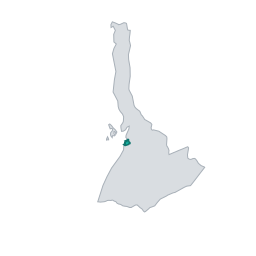 Massawa, Semenawi Keyih Bahri, Eritrea (highlighted), rotated 224°
{"feature_id": "51966322B1208427285915", "entity_name": "Massawa", "entity_type": "district", "adm_level": 2, "iso_a3": "ERI", "parent_name": "Eritrea", "parent_adm1": "Semenawi Keyih Bahri", "projection": "mercator", "projection_center": [39.431, 15.642], "detail": "fine", "context": "in_parent", "style": "filled", "palette": "teal", "viewbox_px": 256, "rotation_deg": 224, "n_neighbors": 0, "source": "geoboundaries", "source_scale": "gbopen_adm2", "svg_char_len": 4005}
<svg xmlns="http://www.w3.org/2000/svg" viewBox="0 0 256 256"><g transform="rotate(224 128 128)"><path d="M45.5,153.0L44.7,145.5L44.1,140.4L43.5,135.1L43.0,130.0L45.4,126.9L46.5,124.0L49.4,114.4L50.6,112.5L52.8,107.3L53.1,105.8L55.4,99.3L55.2,95.0L54.7,90.6L55.9,88.0L57.0,85.9L57.0,84.2L57.4,80.1L57.8,79.1L59.1,79.0L61.9,79.5L63.9,79.1L66.2,79.1L68.0,79.0L69.1,77.8L70.5,73.0L71.5,72.0L72.2,71.7L74.3,70.8L76.0,69.5L77.5,68.5L78.0,68.3L79.5,68.1L81.0,67.5L81.7,66.9L83.6,66.3L85.5,66.6L86.8,66.0L87.6,65.7L88.5,65.6L89.4,65.1L89.8,64.2L90.3,63.7L91.8,62.4L92.5,61.5L92.8,60.6L93.1,59.9L93.7,58.7L96.3,55.6L98.5,53.9L106.1,69.3L109.3,78.4L112.0,87.8L114.0,102.0L116.0,109.2L119.1,112.8L121.3,119.5L123.1,119.8L124.4,121.6L126.7,127.9L128.4,130.2L129.2,128.2L129.1,127.1L128.5,125.1L129.1,122.6L130.3,121.1L133.2,123.2L134.8,124.7L135.3,127.8L135.9,129.5L139.0,133.1L141.6,134.2L144.9,134.5L147.7,135.3L149.9,136.6L154.1,140.3L163.7,143.5L171.4,153.4L175.9,160.2L190.8,170.6L193.4,175.5L194.8,180.3L197.9,180.1L203.3,185.4L204.9,189.4L209.3,190.9L210.0,188.5L212.1,190.5L213.0,193.5L210.2,194.7L207.1,195.8L206.6,195.7L205.6,197.1L204.1,200.9L202.5,202.0L201.6,202.1L196.8,198.6L196.1,198.4L195.0,199.1L194.2,199.8L192.0,197.1L190.3,194.7L188.0,191.9L185.8,190.6L183.4,189.0L181.1,185.2L178.7,181.1L175.1,177.7L168.4,172.8L162.3,166.7L157.6,160.2L154.6,156.8L153.4,156.0L147.1,153.9L142.8,150.9L139.4,148.5L137.4,147.8L135.4,147.7L131.1,148.2L127.6,146.7L126.1,146.7L123.8,146.2L121.9,145.7L119.7,146.3L115.3,147.4L113.4,147.2L112.4,145.7L111.8,144.5L110.3,143.3L109.0,143.3L108.3,144.4L103.6,147.1L95.8,148.6L93.9,148.5L92.6,147.4L88.6,142.7L87.5,142.0L86.6,141.9L84.8,141.3L83.0,140.4L81.5,138.5L80.0,137.4L78.4,141.2L75.6,147.8L74.0,151.3L72.1,155.9L71.5,156.0L70.5,155.7L66.6,150.0L64.1,147.9L62.3,148.1L60.9,149.1L60.1,151.0L59.2,152.2L58.2,152.6L56.1,152.4L52.8,151.5L49.4,151.7L45.9,153.0L45.5,153.0ZM137.4,115.2L138.4,116.6L139.2,116.4L139.7,116.0L140.2,115.0L144.2,116.9L143.9,118.2L141.5,118.3L138.8,117.8L136.2,117.9L133.2,117.4L132.5,115.2L134.4,116.2L135.4,116.0L135.6,115.7L134.2,114.2L132.3,113.9L132.4,112.7L133.3,112.3L133.8,111.7L132.7,110.1L134.9,110.4L136.3,111.4L137.2,112.6L137.4,115.2ZM135.7,105.0L136.6,107.5L134.1,106.5L133.7,106.0L134.8,105.0L135.0,104.4L135.7,105.0Z" fill="#d9dde1" stroke="#a8b0b8" stroke-width="1"/><path d="M120.2,119.7L120.1,119.4L120.1,119.2L120.0,118.9L120.0,118.7L119.9,118.8L119.9,118.7L119.8,118.4L119.8,118.2L119.7,118.1L119.6,117.9L119.7,117.7L119.8,117.6L120.0,117.5L120.2,117.8L120.3,117.7L120.2,117.7L120.3,117.7L120.3,117.4L120.2,117.5L120.0,117.4L120.3,117.3L120.3,117.2L120.2,117.2L120.3,117.2L120.5,117.1L120.5,117.3L120.6,117.2L120.4,116.9L120.4,117.0L120.4,116.9L120.4,117.0L120.2,117.0L120.1,116.8L120.2,116.7L120.3,116.5L120.5,116.7L120.5,116.4L120.4,116.3L120.4,116.2L120.4,116.3L120.3,116.2L120.2,116.1L120.0,115.9L119.9,115.8L119.9,115.7L119.7,115.5L119.8,115.5L119.8,115.3L119.8,115.1L119.7,115.0L119.8,115.0L119.7,114.9L119.8,114.9L119.7,114.8L119.8,114.8L119.8,114.7L119.7,114.7L119.8,114.7L119.7,114.7L119.7,114.4L119.5,114.2L119.4,114.1L119.2,113.9L119.2,113.6L119.2,113.3L119.3,113.2L118.9,113.2L118.6,113.2L118.4,113.3L118.1,113.3L117.9,113.4L117.9,113.5L117.7,113.9L117.7,114.0L117.6,114.3L117.4,114.4L117.4,114.5L117.2,114.6L117.1,114.8L117.0,115.2L117.0,115.3L116.8,115.5L116.7,115.6L116.5,115.8L116.5,116.0L116.5,116.3L116.5,116.5L116.4,116.5L116.4,116.9L116.4,117.0L116.3,117.3L116.2,117.3L116.1,117.5L115.9,117.7L115.8,117.8L115.8,118.0L115.9,118.3L116.0,118.3L116.1,118.5L116.4,118.7L116.5,118.8L116.6,118.7L116.8,118.6L117.0,118.7L117.3,118.7L117.6,118.7L117.7,118.8L117.8,118.8L118.1,118.9L118.3,119.0L118.5,119.1L118.8,119.3L119.0,119.3L119.2,119.5L119.3,119.7L119.4,119.9L119.5,119.9L119.7,120.0L119.8,120.0L120.1,119.8L120.2,119.7ZM119.6,114.4L119.7,114.5L119.6,114.4L119.6,114.5L119.6,114.4ZM120.6,117.4L120.4,117.5L120.5,117.6L120.6,117.4L120.6,117.4Z" fill="#14b8a6" stroke="#0f766e" stroke-width="1.5"/></g></svg>